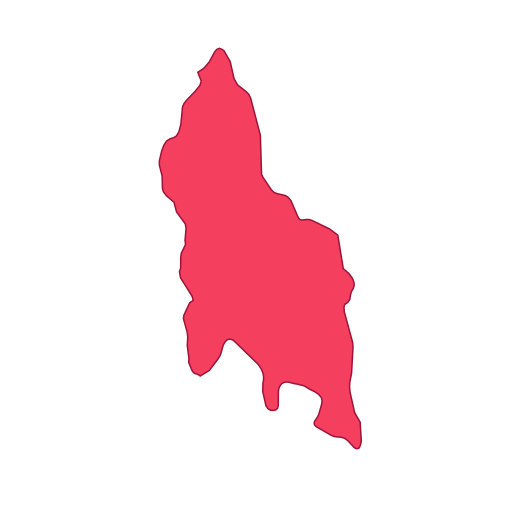 map outline of Maramures (Robinson projection), rotated 257°
{"feature_id": "ROU-298", "entity_name": "Maramures", "entity_type": "County", "adm_level": 1, "iso_a3": "ROU", "parent_name": "Romania", "parent_adm1": "", "projection": "robinson", "projection_center": [23.844, 47.655], "detail": "fine", "context": "isolated", "style": "filled", "palette": "rose", "viewbox_px": 512, "rotation_deg": 257, "n_neighbors": 0, "source": "natural_earth", "source_scale": "10m", "svg_char_len": 2139}
<svg xmlns="http://www.w3.org/2000/svg" viewBox="0 0 512 512"><g transform="rotate(257 256 256)"><path d="M167.4,166.5L171.2,167.6L184.3,168.9L192.6,171.3L197.4,171.8L211.5,171.2L214.8,172.6L225.4,180.9L226.8,184.8L231.1,184.7L251.6,177.6L258.0,177.9L261.3,179.9L271.4,182.3L275.5,183.8L282.9,189.8L286.4,190.4L286.7,190.2L298.8,194.1L303.2,194.3L316.8,188.5L326.8,188.2L334.7,182.4L339.4,180.2L343.3,180.1L354.9,182.5L366.4,182.3L370.4,183.2L372.0,184.0L379.9,187.9L385.0,191.4L388.2,194.8L389.6,198.8L389.8,202.2L390.8,205.3L394.4,208.8L401.2,212.4L417.7,217.9L420.7,220.1L423.2,223.1L430.1,233.6L434.9,239.8L438.8,242.0L445.3,241.0L448.1,240.6L450.7,247.5L455.6,254.1L464.4,261.9L466.1,264.2L466.6,267.0L465.0,269.4L463.2,271.0L451.1,274.6L433.7,274.5L426.8,276.6L418.5,283.3L415.3,285.3L411.0,286.3L372.6,287.4L334.4,279.8L330.8,280.6L316.7,286.0L313.8,288.0L312.2,290.3L308.3,298.2L306.3,300.3L302.2,302.5L284.9,305.6L282.0,306.7L281.0,308.0L280.6,309.6L280.2,313.5L279.6,315.9L278.2,318.4L265.7,333.9L257.9,340.4L224.0,338.2L218.2,342.5L213.0,344.8L210.7,345.3L207.8,345.5L205.2,345.0L202.5,343.5L200.9,341.9L199.0,340.5L196.6,339.2L192.5,337.6L190.7,335.6L189.5,333.6L189.0,331.6L186.3,330.2L181.6,329.5L150.2,330.7L145.6,330.1L120.1,322.7L111.9,319.0L107.8,317.8L102.4,317.0L81.0,316.9L70.8,320.1L52.0,317.0L48.6,315.4L45.8,313.4L45.4,311.5L46.0,309.8L47.6,308.4L55.1,304.1L57.1,302.6L58.7,300.9L59.8,299.0L60.7,296.9L61.5,294.2L62.6,291.5L64.3,289.0L76.3,276.1L78.3,275.0L80.1,275.0L81.8,276.0L85.2,279.6L87.5,281.5L96.8,286.6L99.9,287.8L103.4,287.8L107.1,285.9L110.4,282.9L114.0,278.4L118.5,273.9L121.9,267.4L123.2,264.2L125.8,259.3L126.6,256.2L126.1,252.8L124.6,250.8L122.4,248.8L119.2,247.4L105.4,244.1L103.0,242.9L101.7,241.1L101.5,238.9L102.4,235.4L104.7,233.2L108.0,232.0L122.5,232.1L130.4,234.1L133.6,235.5L137.1,236.3L140.6,236.4L145.2,235.6L150.2,233.6L179.1,214.9L180.8,212.2L181.0,209.3L179.0,206.2L176.3,203.9L169.5,200.2L166.7,198.3L164.6,196.3L155.0,184.8L151.6,174.6L152.3,174.2L153.4,173.0L154.5,171.5L155.3,169.8L157.5,168.3L159.8,167.7L167.4,166.5Z" fill="#f43f5e" stroke="#9f1239" stroke-width="1.5"/></g></svg>